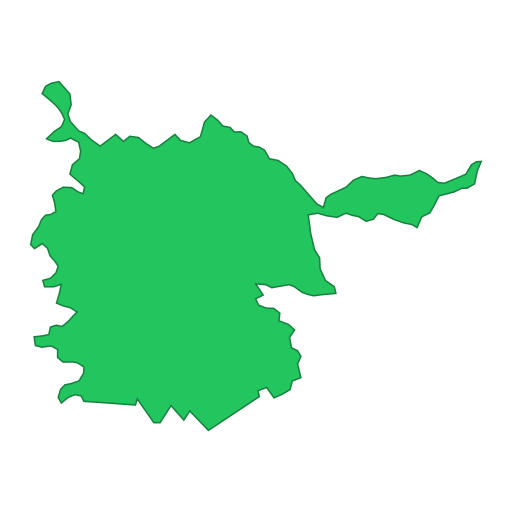 Pérola d'Oeste, Paraná, Brazil
{"feature_id": "56859067B51279708820455", "entity_name": "Pérola d'Oeste", "entity_type": "district", "adm_level": 2, "iso_a3": "BRA", "parent_name": "Brazil", "parent_adm1": "Paraná", "projection": "natural_earth1", "projection_center": [-53.752, -25.846], "detail": "fine", "context": "isolated", "style": "filled", "palette": "green", "viewbox_px": 512, "rotation_deg": 0, "n_neighbors": 0, "source": "geoboundaries", "source_scale": "gbopen_adm2", "svg_char_len": 2629}
<svg xmlns="http://www.w3.org/2000/svg" viewBox="0 0 512 512"><path d="M481.3,161.4L476.2,161.8L471.4,164.8L465.9,174.2L457.6,177.8L444.5,183.2L437.9,182.5L432.4,177.8L427.1,174.1L419.3,170.5L410.1,175.1L400.4,176.1L394.8,175.1L386.2,177.4L376.0,178.7L370.4,178.2L361.8,176.5L353.5,180.2L346.0,187.2L330.4,194.5L326.0,197.9L323.4,207.5L316.8,203.9L300.6,185.3L295.4,180.6L292.3,173.4L286.5,166.1L278.2,160.5L269.3,158.7L264.5,150.1L259.3,147.1L253.4,146.1L248.8,142.4L247.1,136.1L240.9,131.8L234.3,132.0L230.2,127.5L222.8,126.0L217.8,120.3L210.9,115.1L204.5,122.1L200.4,136.7L189.5,142.8L180.7,140.5L174.9,134.4L159.0,146.3L153.4,148.2L146.0,143.5L138.4,137.5L129.8,136.3L123.5,141.4L115.7,134.4L100.2,146.1L91.7,140.1L84.5,133.3L78.8,131.0L70.4,121.7L67.8,114.1L71.2,104.7L69.9,94.0L59.0,81.6L51.1,83.3L45.6,86.3L42.1,93.6L49.2,99.4L53.7,103.3L58.2,107.9L62.0,113.7L64.6,119.4L61.4,126.7L54.3,131.4L46.5,138.8L53.2,141.4L59.3,141.4L65.7,140.4L70.6,138.1L78.6,142.2L80.6,151.0L79.5,158.7L72.4,164.8L69.9,174.2L77.4,180.4L84.5,186.8L83.2,193.8L78.1,191.9L71.7,187.6L63.2,187.2L56.3,190.9L52.4,195.3L54.6,202.8L55.9,211.5L50.7,214.5L45.6,215.2L41.5,219.6L38.7,226.5L32.7,234.6L30.7,244.6L34.5,248.6L42.3,243.6L47.6,248.4L50.1,255.9L54.9,261.3L58.2,266.3L55.9,273.0L50.4,278.3L42.8,280.4L44.6,286.8L53.7,286.8L61.2,284.3L59.6,292.4L56.5,303.1L63.0,305.8L70.3,307.7L77.0,312.0L73.2,315.8L68.5,321.1L62.1,326.5L56.3,325.2L50.4,327.1L48.8,334.6L42.3,335.9L34.1,336.8L35.4,345.5L41.8,347.2L51.2,345.9L57.6,349.5L57.6,357.6L63.2,362.1L72.3,361.9L77.6,362.9L84.0,367.0L83.6,373.2L79.0,380.9L71.0,383.6L64.9,384.9L60.7,389.2L58.2,397.3L61.3,403.0L67.9,397.6L74.9,394.6L81.3,396.0L83.8,401.3L135.4,405.0L137.3,399.0L150.6,418.0L153.8,422.7L160.1,422.7L171.0,405.6L183.8,420.1L189.8,411.0L208.4,430.4L259.3,396.6L258.1,390.7L266.7,387.5L274.0,397.9L282.6,394.0L290.1,389.6L292.3,381.0L300.9,377.6L297.6,364.0L300.9,356.3L297.6,350.8L291.4,347.6L289.6,337.4L294.6,329.9L288.4,324.4L279.0,320.8L279.8,313.2L273.7,308.4L266.2,308.1L258.6,305.1L255.6,298.8L263.2,295.1L255.7,283.8L265.9,284.7L271.8,287.7L277.4,286.7L288.9,284.7L293.9,286.4L302.2,292.4L307.5,294.3L313.7,295.8L321.7,294.7L335.9,293.4L334.3,286.7L325.4,280.4L320.1,268.9L319.6,257.8L314.6,249.9L310.7,233.5L308.2,214.9L317.8,213.2L326.7,215.8L337.1,217.3L346.0,213.2L353.2,215.6L358.4,216.5L366.2,221.3L373.4,219.2L377.8,213.6L383.7,214.5L393.4,219.2L403.7,222.9L412.1,224.6L417.1,227.6L421.7,216.9L429.9,212.8L433.6,206.5L439.1,195.8L447.1,193.8L454.3,191.9L461.8,188.2L467.0,188.2L474.6,183.8L477.4,170.5L481.3,161.4Z" fill="#22c55e" stroke="#15803d" stroke-width="1.5"/></svg>